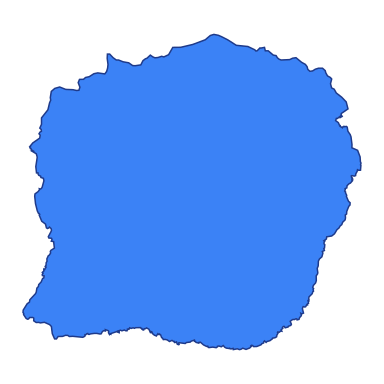 Gaua, Torba, Vanuatu (orthographic projection)
{"feature_id": "77236927B45015777626882", "entity_name": "Gaua", "entity_type": "district", "adm_level": 2, "iso_a3": "VUT", "parent_name": "Vanuatu", "parent_adm1": "Torba", "projection": "orthographic", "projection_center": [167.515, -14.284], "detail": "fine", "context": "isolated", "style": "filled", "palette": "blue", "viewbox_px": 384, "rotation_deg": 0, "n_neighbors": 0, "source": "geoboundaries", "source_scale": "gbopen_adm2", "svg_char_len": 5894}
<svg xmlns="http://www.w3.org/2000/svg" viewBox="0 0 384 384"><path d="M236.3,45.3L227.7,39.8L221.6,36.7L218.4,35.3L213.9,34.4L210.3,35.5L205.2,39.8L192.6,44.5L180.7,47.3L172.8,47.4L168.6,54.7L163.9,56.9L161.6,56.3L158.0,57.5L154.9,57.8L152.7,56.8L150.3,55.1L147.0,58.2L145.4,58.8L143.0,60.6L140.8,64.9L135.3,65.7L132.7,65.6L128.7,62.8L123.1,61.8L118.5,60.0L116.3,60.0L113.1,57.7L109.7,54.1L107.4,54.1L107.2,58.4L108.0,64.5L107.6,68.1L106.6,71.5L104.8,73.9L97.8,72.9L93.9,73.7L89.2,76.7L85.5,77.5L83.5,79.3L79.5,79.4L78.2,82.6L79.9,87.2L78.9,90.3L76.5,90.5L73.0,89.7L65.7,89.4L59.7,87.0L54.8,88.4L51.3,91.4L50.3,97.6L50.7,100.2L49.6,102.7L47.9,109.8L41.5,117.9L41.5,124.3L39.8,128.1L41.2,129.5L41.4,131.3L40.0,132.1L39.0,133.8L40.2,135.2L39.7,138.1L32.8,142.9L29.8,146.6L30.2,146.8L29.8,147.2L30.4,148.6L30.9,148.5L31.6,150.0L33.1,150.9L31.8,151.1L36.3,153.8L37.0,156.2L37.2,157.4L35.8,166.6L36.5,172.9L38.0,172.9L38.2,174.4L38.8,175.3L40.7,176.2L40.9,177.5L43.4,178.3L43.9,180.8L42.1,187.4L41.2,188.6L40.3,189.0L39.3,188.7L39.5,189.8L38.0,191.7L35.0,193.9L34.7,196.2L35.5,203.7L37.3,210.9L38.5,213.4L39.0,213.4L39.7,214.3L39.2,215.1L41.7,221.2L45.5,224.1L46.4,227.8L47.4,228.5L48.7,228.0L49.5,227.1L51.1,228.6L51.5,230.2L51.0,231.6L48.3,236.7L48.8,238.0L51.5,238.3L52.0,239.4L51.3,241.2L53.6,241.6L54.4,248.1L51.0,250.3L50.3,251.4L50.6,253.0L49.3,255.1L48.3,255.7L46.9,258.8L47.0,261.4L46.2,262.6L46.0,265.3L45.2,266.4L46.0,267.0L45.9,267.6L45.0,268.3L44.8,269.5L44.2,269.9L43.8,269.5L43.8,271.1L42.3,272.4L43.0,273.3L42.2,274.6L42.4,275.6L44.1,275.9L43.8,277.9L42.6,278.5L41.2,281.9L38.7,284.6L38.4,286.5L36.9,288.1L36.2,292.3L35.4,293.8L29.9,299.7L29.4,302.2L27.2,303.7L23.2,310.1L23.0,312.5L23.7,313.4L23.6,314.6L26.1,318.4L27.5,319.2L28.5,319.0L29.7,317.5L32.8,317.5L33.6,317.9L33.8,318.8L33.7,320.8L36.2,322.5L38.8,322.4L40.3,322.9L44.4,322.3L49.6,324.6L51.4,326.5L52.3,333.7L54.6,338.9L56.5,338.9L58.1,336.5L62.6,336.4L65.5,335.3L67.8,335.4L69.3,336.5L72.7,336.3L82.8,337.3L84.8,336.3L85.0,334.8L85.5,335.0L86.8,333.7L87.8,333.5L88.2,334.3L89.3,334.4L90.4,333.9L94.3,333.4L96.8,333.4L100.0,334.0L101.2,333.8L102.3,331.7L103.6,330.7L105.4,331.0L105.3,329.6L108.3,330.7L108.7,331.2L108.5,332.7L109.5,334.6L110.0,334.1L110.8,334.3L110.7,333.6L116.5,331.7L119.2,332.7L119.2,331.5L118.2,330.9L120.5,330.2L121.9,330.8L124.4,330.0L125.5,330.7L127.0,330.8L127.4,329.7L128.5,329.3L128.0,329.0L129.4,328.5L129.6,327.8L131.2,328.4L133.1,327.8L134.4,328.3L135.7,327.7L140.6,327.6L141.0,328.3L141.9,328.5L142.0,329.3L142.8,329.4L143.0,330.0L143.7,330.0L144.3,328.7L145.5,328.7L146.5,327.9L148.9,329.2L150.4,332.6L151.3,332.7L151.2,331.6L151.8,331.8L152.7,333.8L154.4,335.2L156.4,336.0L157.9,333.7L158.7,334.5L159.6,334.0L159.9,334.7L160.6,334.8L161.6,337.6L162.5,338.1L163.3,339.6L165.1,339.4L167.2,339.9L169.5,341.5L172.0,340.4L173.5,341.4L174.2,341.4L174.4,342.4L174.8,342.6L176.5,341.9L177.2,344.1L178.4,344.7L179.1,344.5L178.7,343.0L179.0,342.7L185.2,343.5L186.5,342.5L190.2,342.1L191.2,341.2L194.4,340.1L194.5,341.4L195.3,341.4L196.0,342.4L198.7,343.1L198.7,342.5L200.4,342.2L203.5,344.9L206.5,346.4L207.8,346.2L208.2,347.4L209.0,347.6L212.8,347.1L216.2,347.7L217.5,346.8L217.5,346.3L218.9,346.0L221.3,346.8L223.2,345.5L224.8,347.3L226.3,348.1L229.1,348.5L229.7,348.2L230.1,348.8L231.2,348.9L233.1,348.4L233.3,349.6L237.3,348.8L239.4,349.6L240.9,349.3L242.8,348.2L246.0,349.4L249.7,348.0L251.3,346.4L250.8,345.9L251.4,345.3L252.6,345.5L253.6,346.6L256.8,346.5L259.8,345.3L261.3,344.6L261.9,343.6L263.6,343.0L263.8,341.7L264.5,340.9L266.1,342.4L267.0,341.5L269.9,340.7L272.3,338.9L272.5,338.2L275.1,337.7L276.6,336.8L276.9,335.1L278.0,333.2L277.5,332.5L277.7,332.0L279.3,332.2L280.8,331.0L281.8,331.2L281.2,329.7L282.8,328.4L282.4,327.5L283.3,326.5L284.2,326.4L285.2,327.8L288.1,327.0L288.3,326.3L290.8,325.4L291.4,324.2L290.2,321.3L291.6,320.2L293.0,319.4L294.2,319.6L296.0,318.8L296.8,318.9L297.1,319.9L299.0,319.4L299.6,317.6L301.1,316.0L301.4,315.2L300.9,313.4L301.8,313.9L303.5,313.1L302.4,308.7L302.8,307.3L303.2,306.6L304.7,307.0L305.6,306.8L306.8,304.7L307.5,304.9L307.5,303.8L308.5,303.3L308.2,301.4L308.8,301.3L308.9,300.6L308.2,300.3L309.0,299.4L308.7,298.4L309.0,296.9L312.2,293.7L312.8,291.7L313.5,291.2L313.1,289.3L313.6,288.7L312.7,287.4L313.4,285.4L315.6,282.9L316.3,280.6L316.2,275.9L317.6,273.8L317.8,272.6L317.2,268.4L318.2,265.9L318.4,261.1L319.5,258.9L321.9,256.8L322.9,253.1L322.3,251.5L324.4,250.5L323.8,248.5L324.5,248.0L324.8,244.7L324.0,243.8L324.1,242.2L324.8,241.1L324.0,240.7L326.4,239.0L326.7,236.8L331.7,236.0L334.5,233.8L337.0,229.6L338.9,228.1L340.1,226.0L341.8,224.6L342.6,222.3L345.1,219.9L345.5,217.9L345.3,215.0L346.6,214.0L346.7,211.6L347.5,209.5L348.8,206.3L350.0,205.0L350.1,202.7L348.5,201.3L346.4,196.4L346.7,195.3L345.5,192.8L345.6,192.0L344.7,191.1L345.3,189.5L345.1,188.6L346.8,187.9L347.1,185.6L349.1,183.7L350.4,183.1L352.5,180.7L351.9,180.2L351.9,179.3L352.7,179.1L352.2,177.8L351.6,177.7L351.3,175.9L351.9,175.6L354.3,176.1L355.6,175.6L355.8,173.8L357.1,171.5L357.5,169.7L358.7,170.3L360.5,170.2L360.9,165.3L360.5,164.9L361.0,163.1L360.4,161.7L360.1,156.9L357.6,150.3L351.9,147.8L352.0,144.6L351.0,136.8L350.2,134.6L347.9,131.2L347.2,127.1L346.3,126.4L344.7,126.7L344.0,126.3L343.7,126.8L342.4,127.0L342.3,127.7L340.0,126.3L340.2,125.5L339.4,125.1L338.4,122.7L335.6,120.6L336.4,118.4L337.4,118.5L340.3,116.2L340.3,117.5L342.2,116.4L341.1,114.8L341.3,113.5L348.0,108.9L346.2,101.9L341.7,97.2L336.3,93.0L334.2,89.2L331.6,87.9L330.5,83.7L331.7,79.0L330.4,77.5L327.5,75.9L325.8,72.8L325.2,70.6L322.5,68.2L318.5,68.2L315.3,69.2L312.6,70.9L309.9,71.3L307.8,69.4L307.1,66.7L305.4,64.4L301.6,62.3L296.0,57.7L292.6,58.2L289.7,59.6L281.1,60.0L279.1,59.2L277.4,57.8L276.1,55.6L273.3,55.1L268.2,50.8L265.3,50.8L264.5,47.4L260.7,48.1L260.0,47.9L257.1,50.8L255.9,51.0L254.8,49.8L247.9,46.5L236.3,45.3Z" fill="#3b82f6" stroke="#1e3a8a" stroke-width="1.5"/></svg>